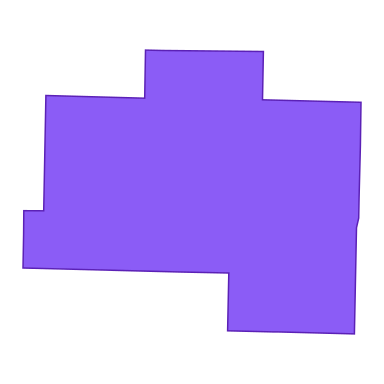 Van Buren, Arkansas, United States of America
{"feature_id": "52423323B92305544895329", "entity_name": "Van Buren", "entity_type": "district", "adm_level": 2, "iso_a3": "USA", "parent_name": "United States of America", "parent_adm1": "Arkansas", "projection": "robinson", "projection_center": [-92.496, 35.577], "detail": "fine", "context": "isolated", "style": "filled", "palette": "violet", "viewbox_px": 384, "rotation_deg": 0, "n_neighbors": 0, "source": "geoboundaries", "source_scale": "gbopen_adm2", "svg_char_len": 385}
<svg xmlns="http://www.w3.org/2000/svg" viewBox="0 0 384 384"><path d="M354.4,333.9L356.5,227.7L358.7,218.1L359.1,196.9L360.4,145.9L361.0,102.3L262.5,99.8L263.4,51.5L162.9,50.5L145.5,50.1L144.7,98.2L45.9,95.5L43.7,210.8L23.8,210.7L23.6,234.3L23.0,268.0L180.1,272.0L228.8,273.0L227.6,330.8L272.9,331.9L277.4,331.9L354.4,333.9Z" fill="#8b5cf6" stroke="#5b21b6" stroke-width="1.5"/></svg>